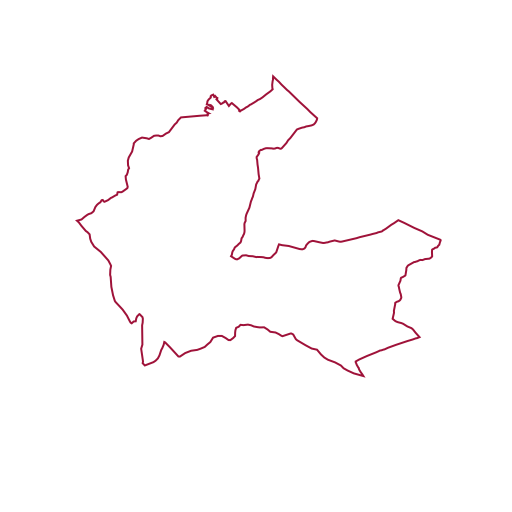 the district of Sistarovat, Arad, Romania, rotated 232°
{"feature_id": "2599482B58875225116785", "entity_name": "Sistarovat", "entity_type": "district", "adm_level": 2, "iso_a3": "ROU", "parent_name": "Romania", "parent_adm1": "Arad", "projection": "robinson", "projection_center": [21.746, 45.981], "detail": "fine", "context": "isolated", "style": "outline", "palette": "rose", "viewbox_px": 512, "rotation_deg": 232, "n_neighbors": 0, "source": "geoboundaries", "source_scale": "gbopen_adm2", "svg_char_len": 6145}
<svg xmlns="http://www.w3.org/2000/svg" viewBox="0 0 512 512"><g transform="rotate(232 256 256)"><path d="M400.9,298.4L411.4,282.2L410.9,278.3L409.9,275.6L409.7,272.9L407.2,263.6L407.9,260.5L408.1,256.3L409.2,254.4L411.1,253.2L412.4,251.5L413.5,249.6L413.7,246.3L414.1,243.7L416.0,242.4L419.5,239.1L420.4,235.5L420.6,232.5L420.0,229.0L419.2,228.4L414.6,222.7L412.0,216.4L410.0,213.7L406.2,211.0L403.3,210.0L402.8,208.5L400.9,206.4L399.5,204.2L399.2,202.4L396.4,200.6L389.5,197.5L388.7,196.4L388.7,194.7L388.9,190.3L389.2,189.1L391.3,186.6L391.4,186.1L389.8,184.3L390.3,182.4L390.8,178.5L391.1,177.5L391.1,173.9L391.4,172.5L392.0,170.0L392.8,169.6L394.5,169.7L395.0,168.7L394.1,166.3L394.3,165.6L394.3,163.5L394.2,162.2L393.5,159.6L391.2,155.5L391.1,152.6L392.1,149.8L392.3,148.3L392.4,144.8L392.2,141.0L394.0,136.7L391.5,137.1L387.3,137.0L380.5,137.3L378.5,137.9L375.5,138.2L371.7,136.0L368.6,134.9L363.1,134.3L354.8,136.2L343.4,136.9L339.0,136.1L337.4,135.7L334.9,132.8L330.9,129.4L329.0,128.6L320.7,123.0L313.1,119.2L307.5,117.1L306.3,117.0L295.9,117.9L288.5,117.6L281.9,116.3L280.6,116.2L279.5,116.6L279.7,119.3L278.6,121.0L280.6,123.3L281.6,125.2L282.0,128.3L281.6,128.5L277.7,128.9L276.2,128.2L273.2,125.6L271.5,123.6L256.1,111.9L253.6,108.4L242.4,102.0L241.3,100.7L238.2,101.0L235.5,109.8L235.3,112.3L235.7,115.6L237.1,118.7L240.3,123.5L241.1,125.4L242.9,128.6L244.7,130.8L243.9,131.2L237.2,132.0L224.6,133.0L223.6,134.1L223.1,140.5L221.3,146.5L218.2,151.9L217.1,155.2L215.9,159.6L216.2,163.2L216.3,167.0L218.1,171.9L216.4,176.9L214.0,179.9L210.0,181.6L206.7,182.6L205.5,184.0L205.4,187.5L205.8,190.2L208.6,192.5L210.2,194.1L211.6,196.2L210.9,198.8L211.3,201.4L209.2,203.6L206.9,207.4L204.4,209.5L201.8,210.9L198.9,213.5L197.3,215.1L194.8,218.5L190.9,219.9L187.5,220.6L183.7,224.3L180.4,225.9L177.5,226.9L176.5,227.5L173.7,235.4L173.1,236.2L171.2,237.0L166.0,236.2L164.4,236.5L155.2,240.1L148.8,242.9L144.6,246.4L138.4,246.6L134.0,247.3L130.0,248.8L123.5,252.8L117.4,255.5L113.6,255.9L109.5,257.6L103.3,260.8L95.3,266.7L97.1,266.9L100.0,267.0L102.5,267.3L103.4,267.5L104.5,268.0L104.9,267.9L108.3,268.4L110.1,269.0L110.6,269.0L111.5,269.6L110.9,273.6L108.9,281.8L106.2,291.1L105.4,294.3L105.3,295.2L104.4,296.9L103.7,299.0L103.3,299.7L102.4,303.6L99.7,311.9L95.7,323.1L93.7,328.2L92.8,331.0L92.1,332.4L91.4,334.9L97.5,334.5L101.4,334.5L103.4,334.1L107.3,331.9L112.0,330.2L113.6,329.3L116.3,327.2L117.9,326.2L119.4,325.6L122.4,325.0L126.3,329.8L127.9,330.9L132.3,336.0L133.1,336.6L133.4,337.0L133.1,339.3L132.6,340.3L132.5,341.8L132.6,342.6L133.4,344.4L134.0,345.1L136.9,346.6L138.4,347.0L142.3,348.8L143.8,349.6L144.8,349.9L145.3,350.3L147.6,354.6L149.2,356.3L149.5,356.9L149.5,357.2L149.1,358.4L148.7,361.3L148.8,361.9L152.3,365.7L154.0,367.2L154.8,369.4L154.9,370.3L153.9,376.8L153.3,377.8L152.9,379.1L152.5,379.9L152.2,381.6L151.8,383.0L150.3,384.7L149.5,387.3L147.1,391.1L147.0,392.4L147.0,393.6L147.3,394.6L150.8,397.1L152.5,398.6L152.6,399.1L152.2,400.8L152.2,402.3L151.4,403.7L151.3,404.2L151.9,405.9L152.0,406.7L152.0,407.3L153.5,409.3L154.6,411.1L155.0,411.3L155.6,411.1L167.0,404.4L173.0,402.2L180.7,398.0L190.8,393.2L196.6,390.2L196.9,384.9L197.3,381.9L197.5,375.3L197.8,372.5L198.0,371.9L197.8,371.0L198.0,370.0L199.5,366.7L199.9,365.1L201.6,361.4L202.4,359.4L207.0,349.3L208.2,346.1L214.6,332.3L215.2,331.4L215.9,330.6L219.8,327.6L221.9,323.0L222.6,320.9L223.3,319.8L224.0,318.3L224.9,316.9L227.8,314.4L232.1,310.9L233.2,309.7L233.9,307.7L234.2,306.6L234.0,304.4L233.5,302.0L232.5,300.5L232.1,299.0L232.2,298.2L232.6,296.9L232.9,296.4L234.7,294.6L243.7,288.0L248.6,283.1L251.0,281.3L250.2,279.9L246.5,274.3L246.3,273.5L246.0,270.3L245.5,267.4L245.8,265.9L246.9,264.2L247.7,263.3L249.2,261.9L250.2,261.3L252.0,259.4L254.4,256.5L254.9,255.6L257.8,253.3L260.4,250.3L262.7,248.6L264.6,245.8L264.8,245.1L264.5,241.3L265.0,239.0L266.0,238.1L267.0,237.6L271.2,236.2L271.8,237.7L273.5,239.6L274.2,240.8L274.8,242.8L275.6,244.2L275.8,244.9L275.8,247.8L276.1,249.7L276.2,252.1L277.0,253.5L278.8,255.5L279.3,257.2L280.3,259.0L280.8,260.2L282.0,261.7L282.9,262.5L288.3,266.5L289.1,267.5L290.0,269.4L292.5,271.3L294.2,273.3L295.1,274.7L298.1,280.5L302.1,285.6L303.0,287.2L303.8,288.4L304.7,290.1L306.8,292.7L309.1,296.6L312.3,300.2L313.4,302.6L313.7,303.0L313.8,304.2L314.5,305.3L314.9,306.3L318.8,308.4L324.4,312.0L327.1,313.5L331.1,316.1L332.4,316.6L333.6,317.4L334.5,320.5L335.2,321.9L335.8,321.7L336.2,322.0L336.5,322.6L336.7,323.4L336.6,325.2L336.1,325.7L335.5,328.4L334.8,330.2L334.1,331.2L331.0,334.8L330.0,335.6L329.0,337.1L328.6,338.5L328.2,339.3L327.4,340.1L326.0,340.9L325.3,341.5L325.1,342.1L325.1,342.8L326.3,349.5L327.4,352.5L327.8,355.6L330.5,366.1L330.0,367.9L328.8,371.3L327.7,373.4L327.2,375.3L326.1,377.3L324.7,380.2L324.1,382.4L324.3,384.1L324.8,385.7L325.8,387.7L326.4,388.5L326.9,389.0L335.9,387.4L340.4,386.9L350.6,385.2L365.5,383.2L367.6,382.7L375.5,381.6L379.3,381.3L381.9,380.8L387.0,380.1L385.5,378.7L384.6,378.1L383.6,376.8L380.9,374.1L378.0,372.1L377.2,371.9L377.1,371.5L376.9,368.5L377.1,363.6L377.0,358.9L377.2,355.9L377.9,353.1L377.8,352.2L378.1,349.0L378.6,345.1L378.9,344.2L378.8,342.6L378.9,341.1L379.2,339.9L379.3,337.0L379.9,333.5L379.8,332.4L380.8,332.1L381.1,332.8L381.4,332.9L384.8,332.5L391.4,331.1L391.5,329.8L390.9,327.0L396.8,327.4L397.2,326.7L397.1,326.2L396.8,325.8L396.9,325.3L396.8,324.9L397.1,324.5L397.0,323.6L397.4,321.8L403.8,321.3L403.9,321.7L403.7,322.2L405.0,323.4L404.3,322.5L407.2,322.3L406.9,321.5L407.0,321.0L409.5,321.6L410.0,319.7L409.8,318.7L409.5,318.6L409.2,318.2L408.7,317.9L408.5,315.2L408.0,313.4L407.4,312.5L406.6,311.8L405.9,310.7L404.1,311.6L404.0,312.0L403.1,312.0L402.7,312.4L403.0,312.6L402.9,313.0L401.9,313.0L401.7,312.5L401.2,312.7L400.6,313.2L400.9,313.5L399.8,313.6L399.4,313.4L399.7,313.0L400.1,312.9L399.2,312.6L398.8,312.7L398.2,312.2L399.4,311.2L401.7,309.5L402.7,309.4L403.9,308.8L403.1,307.8L403.7,307.6L403.8,307.3L402.0,305.8L401.9,305.1L400.2,305.6L397.6,306.6L398.0,305.9L398.3,305.7L397.5,305.3L397.5,305.1L397.2,304.8L396.9,305.0L396.7,304.8L396.8,304.6L396.6,304.3L397.4,303.6L400.9,298.4Z" fill="none" stroke="#9f1239" stroke-width="2"/></g></svg>